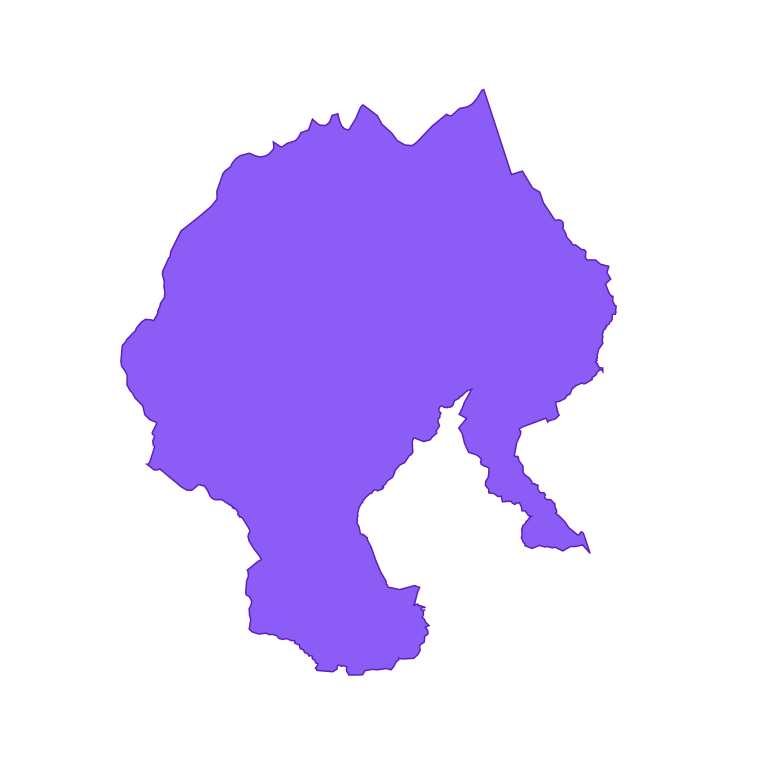 Latacunga, Cotopaxi, Ecuador (Mercator projection), rotated 252°
{"feature_id": "8360857B97397633199247", "entity_name": "Latacunga", "entity_type": "district", "adm_level": 2, "iso_a3": "ECU", "parent_name": "Ecuador", "parent_adm1": "Cotopaxi", "projection": "mercator", "projection_center": [-78.651, -0.805], "detail": "fine", "context": "isolated", "style": "filled", "palette": "violet", "viewbox_px": 768, "rotation_deg": 252, "n_neighbors": 0, "source": "geoboundaries", "source_scale": "gbopen_adm2", "svg_char_len": 6171}
<svg xmlns="http://www.w3.org/2000/svg" viewBox="0 0 768 768"><g transform="rotate(252 384 384)"><path d="M611.5,282.4L606.5,275.0L600.0,259.2L592.3,238.3L576.0,222.3L571.0,219.7L570.3,218.2L559.8,208.5L556.8,207.1L549.1,206.7L544.7,204.8L539.4,204.1L533.8,201.7L530.0,196.5L526.6,194.6L523.6,191.6L520.9,190.5L515.4,184.5L516.8,182.7L519.2,177.1L517.8,172.1L513.4,165.5L511.7,164.3L505.7,152.9L504.1,151.6L501.5,147.0L486.9,140.8L482.2,140.0L475.6,142.0L471.4,142.4L462.7,139.3L455.9,140.5L453.8,141.8L447.7,142.9L437.8,147.8L428.5,147.1L422.5,150.2L418.1,155.3L416.7,155.7L409.3,148.5L408.1,148.3L405.2,149.8L401.5,146.6L397.3,145.7L395.5,146.5L394.6,146.1L382.1,137.1L380.6,134.7L380.9,133.8L373.3,138.9L372.2,142.2L372.5,144.5L348.7,159.5L344.2,163.5L342.7,166.8L342.5,169.2L345.6,176.6L342.4,181.7L337.4,183.3L331.1,184.0L328.4,185.1L326.1,187.7L324.2,193.9L316.2,200.3L315.2,201.8L313.3,201.6L313.2,203.0L312.3,202.5L310.3,204.8L306.9,205.6L305.6,204.6L301.8,205.8L301.9,206.7L300.3,208.0L288.2,211.0L284.8,210.9L283.6,209.1L281.0,207.6L276.4,207.2L267.6,209.3L258.7,212.5L254.8,213.0L254.3,209.6L249.2,196.4L248.0,196.8L243.0,195.6L239.0,192.4L227.8,187.8L226.0,187.9L223.0,190.4L218.2,191.0L215.7,189.8L211.9,186.3L205.3,184.6L201.1,184.5L192.5,180.0L189.0,182.0L184.9,187.6L183.5,194.8L181.2,197.3L180.0,201.3L177.3,204.5L174.5,205.4L172.3,208.9L172.0,212.6L168.5,216.7L167.6,219.5L166.4,220.0L165.7,219.0L165.0,219.1L161.9,222.8L158.2,222.5L156.4,225.1L153.1,225.6L151.0,228.2L148.3,228.6L148.4,230.5L147.0,231.9L145.9,231.0L144.5,231.1L143.0,232.6L139.5,233.1L138.6,234.6L137.2,234.2L134.8,230.9L133.0,232.0L132.3,231.8L126.2,246.3L127.3,251.1L130.8,253.0L130.8,253.9L128.5,256.6L128.8,258.0L126.6,261.3L123.1,259.7L118.0,260.7L114.2,273.2L114.2,274.0L117.3,277.4L116.1,285.0L114.3,289.1L112.7,298.1L110.0,302.5L112.0,305.6L116.2,309.9L117.1,312.8L118.7,313.2L116.9,316.2L113.9,327.5L116.4,332.9L119.7,336.1L123.2,336.7L124.6,337.5L126.2,342.6L131.5,344.8L132.4,348.1L133.3,348.9L136.6,349.4L139.9,348.0L140.3,352.2L144.9,349.8L147.2,349.9L150.2,348.3L152.6,350.3L155.4,351.0L156.4,352.5L157.4,349.8L159.1,349.6L159.5,351.0L158.5,354.5L162.1,349.9L162.2,348.3L163.8,348.4L164.2,347.8L164.6,345.9L164.0,344.5L164.6,343.8L165.5,345.2L175.7,351.6L179.5,355.0L182.9,350.7L183.6,335.3L189.7,325.0L191.8,325.0L193.0,324.3L195.7,325.0L206.1,322.8L218.3,321.7L232.8,321.4L240.5,320.1L243.0,320.5L247.5,317.6L247.9,316.0L249.0,315.3L255.9,316.1L260.3,315.4L262.0,316.4L264.4,316.8L267.0,318.6L268.8,318.7L274.0,322.0L277.0,325.0L278.0,327.1L279.1,327.5L281.9,331.7L284.1,336.7L283.9,338.4L286.2,341.5L285.9,343.4L284.4,344.8L284.6,350.0L285.8,351.7L287.0,351.2L288.0,353.7L290.9,357.4L292.6,363.2L296.5,366.8L297.9,367.3L300.9,371.9L302.2,374.5L302.9,379.4L308.2,386.1L308.4,388.2L310.4,390.4L320.5,393.0L323.6,395.8L317.1,403.9L316.9,405.2L316.7,410.9L318.2,412.6L321.0,418.9L323.3,419.2L327.0,423.9L331.8,423.7L333.7,424.5L334.9,426.7L337.4,427.7L338.5,429.0L339.4,429.0L340.8,427.7L343.1,428.4L345.4,430.5L345.2,432.5L343.2,433.9L342.0,436.7L342.6,437.4L341.5,439.5L342.0,442.4L346.3,445.8L347.4,451.4L348.5,451.8L348.4,453.6L351.6,460.4L352.0,464.4L351.8,465.8L341.8,454.9L336.8,451.0L331.9,446.1L325.8,451.9L319.0,441.4L313.2,443.0L302.3,442.3L292.9,443.4L287.6,450.6L282.5,453.5L280.4,451.9L277.8,451.6L274.9,454.0L272.8,456.9L271.2,457.8L263.2,454.5L260.1,450.8L257.1,449.4L255.2,449.4L251.7,451.0L248.1,450.0L245.8,454.8L241.8,457.6L241.0,460.8L235.4,460.2L233.2,468.7L231.4,469.1L229.0,471.2L229.7,473.2L229.2,476.1L224.4,476.7L220.9,475.9L219.5,479.1L214.2,480.8L212.7,483.3L212.4,481.6L210.0,478.6L209.5,476.9L207.4,475.1L206.6,472.6L203.4,470.1L197.7,468.7L195.3,467.1L190.6,467.5L188.5,468.7L186.7,468.1L181.8,474.1L182.5,481.8L179.2,486.8L179.1,488.8L176.2,493.4L175.9,496.2L170.0,502.5L171.8,511.1L170.4,515.4L169.5,523.2L159.2,527.7L180.4,527.5L182.2,526.4L182.4,525.4L180.3,523.0L180.7,521.5L190.2,515.3L196.8,513.6L204.7,509.6L208.1,507.2L208.5,508.4L210.5,509.1L214.8,508.6L217.1,509.5L222.4,506.8L223.2,505.7L223.3,503.5L226.0,501.7L227.3,501.8L228.8,503.4L231.3,502.4L232.3,499.1L236.5,497.7L240.1,499.2L241.7,496.8L242.9,496.4L243.3,494.2L245.7,494.3L249.5,493.2L254.4,489.6L257.4,489.1L262.9,490.8L269.4,488.6L272.9,489.1L273.9,488.6L274.8,485.9L275.6,485.8L287.2,492.1L293.7,498.1L296.8,499.5L298.1,498.4L299.6,499.1L300.4,502.6L301.4,527.6L297.3,527.9L298.0,529.3L297.9,536.2L300.2,540.9L303.3,540.5L313.7,541.5L313.3,546.2L314.3,551.8L316.8,555.1L316.6,556.8L317.3,558.2L321.0,561.1L323.1,565.9L323.8,573.0L322.5,573.8L322.2,575.6L324.0,583.4L325.6,583.6L327.2,588.6L329.5,590.5L330.9,593.8L330.1,595.4L328.2,595.9L331.6,597.0L333.1,593.5L334.6,593.7L335.8,592.8L337.3,593.4L339.6,591.8L340.5,593.8L341.6,593.5L342.6,595.0L344.6,595.2L350.5,598.7L355.0,604.6L358.2,605.1L361.6,606.8L362.9,606.7L367.8,609.8L368.0,611.7L369.9,612.4L369.7,613.5L371.0,613.9L371.3,616.5L373.2,618.0L373.5,619.5L375.0,621.0L379.2,622.5L379.7,623.5L378.9,625.5L380.7,626.9L381.8,626.8L386.4,628.9L387.3,628.0L392.1,627.1L396.7,628.8L397.0,627.8L399.9,626.3L410.7,625.5L413.8,632.1L421.1,630.4L426.4,634.2L431.0,626.9L436.6,623.5L439.3,615.4L442.2,614.6L447.3,616.9L448.8,616.5L449.9,615.9L450.9,613.4L457.0,609.3L457.5,607.2L460.0,605.7L461.4,605.8L466.9,603.2L471.5,603.3L477.0,602.2L478.1,603.1L482.6,604.2L485.2,602.6L486.4,600.6L486.3,598.6L487.2,597.1L507.1,591.6L518.4,591.4L524.5,585.8L543.7,581.4L543.9,570.0L633.2,569.9L633.1,567.9L626.8,560.6L623.1,554.5L621.8,549.1L622.7,540.9L618.2,531.0L619.7,528.1L621.2,526.9L614.5,509.7L604.0,490.3L602.4,486.1L602.2,483.8L604.9,477.7L611.4,471.8L620.1,468.9L631.7,462.3L641.2,460.6L655.7,450.5L655.9,449.4L653.5,446.3L645.4,439.5L636.4,428.9L639.1,425.1L643.0,423.4L648.3,423.0L655.3,423.6L655.5,417.6L650.5,413.8L648.3,410.0L648.1,407.5L650.1,403.1L651.9,401.3L658.0,397.8L648.9,390.7L648.7,382.7L644.4,378.2L642.7,374.5L642.8,366.2L641.0,360.3L641.3,359.3L648.4,353.5L643.6,352.6L641.3,351.2L638.0,345.0L637.5,341.7L638.1,336.6L640.6,332.3L645.1,327.3L645.6,317.8L644.0,312.8L641.3,308.3L637.9,305.0L635.9,299.0L634.0,296.0L619.1,284.7L611.5,282.4Z" fill="#8b5cf6" stroke="#5b21b6" stroke-width="1.5"/></g></svg>